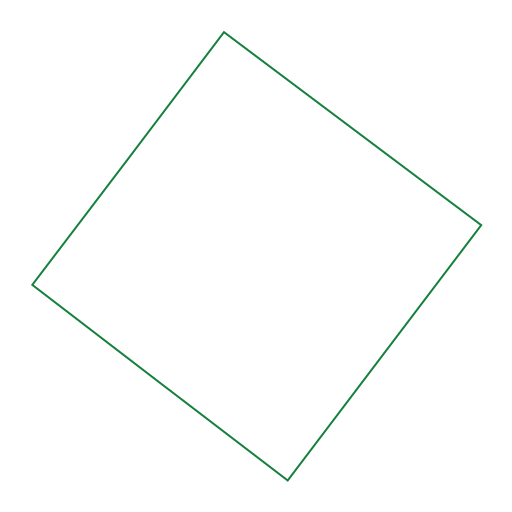 Jones, Iowa, United States of America, rotated 307°
{"feature_id": "52423323B96588069122317", "entity_name": "Jones", "entity_type": "district", "adm_level": 2, "iso_a3": "USA", "parent_name": "United States of America", "parent_adm1": "Iowa", "projection": "albers", "projection_center": [-91.16, 42.121], "detail": "fine", "context": "isolated", "style": "outline", "palette": "green", "viewbox_px": 512, "rotation_deg": 307, "n_neighbors": 0, "source": "geoboundaries", "source_scale": "gbopen_adm2", "svg_char_len": 254}
<svg xmlns="http://www.w3.org/2000/svg" viewBox="0 0 512 512"><g transform="rotate(307 256 256)"><path d="M98.3,94.7L96.9,255.5L95.8,416.4L416.2,417.3L416.0,336.9L415.5,95.7L257.3,95.4L98.3,94.7Z" fill="none" stroke="#15803d" stroke-width="2"/></g></svg>